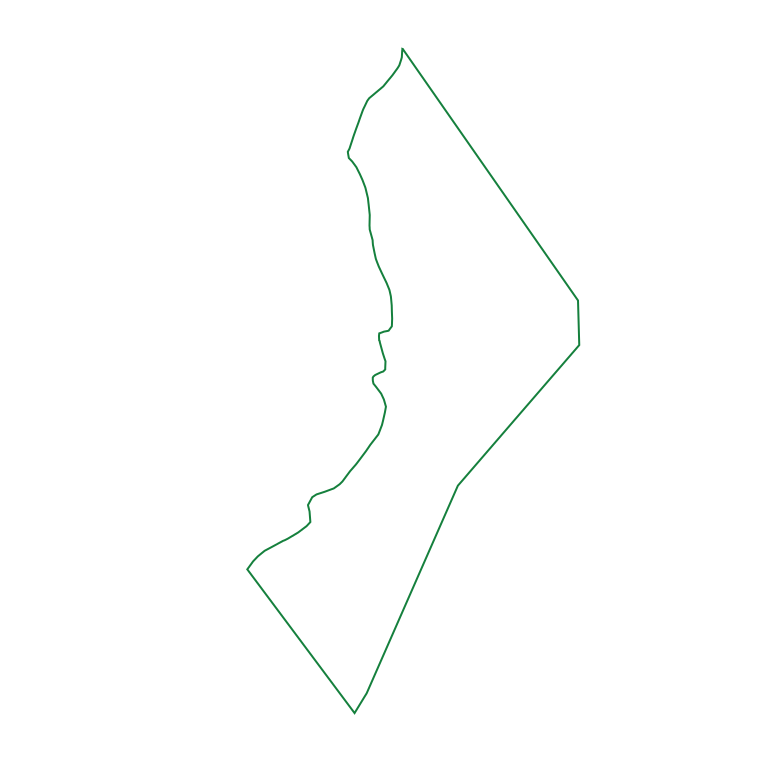 Banse La Grace, Laborie, Saint Lucia (Mercator projection), rotated 209°
{"feature_id": "8701671B8403911269466", "entity_name": "Banse La Grace", "entity_type": "district", "adm_level": 2, "iso_a3": "LCA", "parent_name": "Saint Lucia", "parent_adm1": "Laborie", "projection": "mercator", "projection_center": [-60.997, 13.782], "detail": "fine", "context": "isolated", "style": "outline", "palette": "green", "viewbox_px": 768, "rotation_deg": 209, "n_neighbors": 0, "source": "geoboundaries", "source_scale": "gbopen_adm2", "svg_char_len": 1893}
<svg xmlns="http://www.w3.org/2000/svg" viewBox="0 0 768 768"><g transform="rotate(209 384 384)"><path d="M232.1,512.7L254.8,551.1L529.2,685.7L529.8,686.1L530.4,686.0L530.1,685.5L529.7,684.4L526.8,678.4L526.2,675.9L525.1,670.1L525.2,667.6L525.3,666.3L525.7,663.2L526.3,658.2L527.7,650.7L528.9,644.0L535.5,626.8L535.8,624.4L535.9,623.5L535.5,617.1L535.4,614.9L535.2,613.0L533.8,604.2L533.5,602.6L533.1,600.3L532.1,593.8L531.0,587.2L530.5,584.5L530.1,582.6L528.5,574.2L528.3,573.3L528.2,569.5L526.5,567.3L524.3,564.6L519.7,563.2L513.2,560.2L511.2,558.8L506.8,555.8L502.0,552.2L501.5,551.8L495.7,546.9L495.0,546.2L488.2,538.8L485.8,535.4L484.5,533.6L478.4,524.9L473.4,515.4L472.6,514.2L471.4,512.2L466.9,507.6L463.7,504.3L462.5,502.4L461.1,500.3L455.6,493.8L451.8,489.5L449.0,487.1L445.5,484.2L440.0,480.2L435.8,477.2L434.8,476.5L430.7,473.6L425.1,469.1L424.4,468.4L420.5,464.0L418.9,461.7L415.3,456.4L412.3,451.3L408.6,445.2L405.9,439.9L405.1,438.2L405.5,435.4L405.8,432.9L406.5,432.2L409.4,429.8L410.9,428.0L412.7,426.0L411.7,423.6L409.3,419.7L408.6,419.5L407.8,418.4L399.8,410.2L395.5,406.2L393.7,404.6L390.9,399.0L390.0,397.3L390.7,394.6L392.5,392.6L395.7,388.1L396.1,387.5L396.9,385.4L396.9,384.1L395.8,382.2L395.3,381.4L394.6,380.6L393.4,379.2L389.7,377.7L381.8,374.2L380.3,373.1L376.6,370.4L371.3,365.1L369.4,359.5L367.1,351.6L365.9,347.2L364.9,340.1L364.5,337.1L366.5,324.2L367.2,316.6L368.6,306.4L369.3,301.5L369.6,299.7L370.2,296.9L371.4,291.3L372.2,285.4L373.1,278.6L374.2,274.8L377.3,268.3L379.4,265.9L383.7,260.9L389.5,254.7L391.9,250.2L391.8,241.3L391.4,240.8L387.3,236.4L381.5,227.6L381.8,226.2L382.8,222.2L387.1,212.5L393.2,202.0L395.1,199.2L396.3,197.8L401.3,189.9L404.0,185.7L407.5,180.3L409.0,176.6L410.8,172.0L412.5,165.4L413.7,155.6L250.2,81.9L249.4,100.9L249.2,105.1L260.9,231.2L270.1,330.9L252.3,416.2L232.1,512.7Z" fill="none" stroke="#15803d" stroke-width="2"/></g></svg>